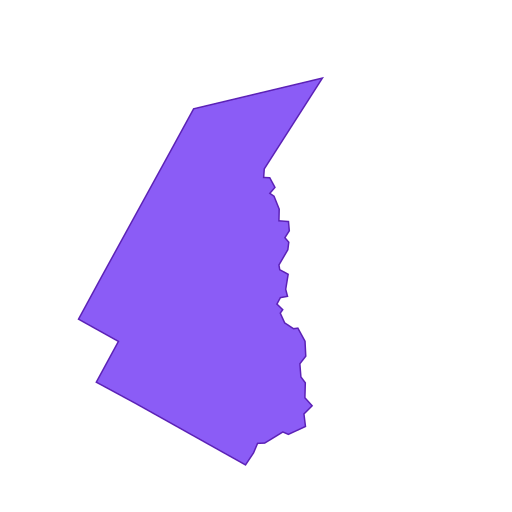 Okeechobee, Florida, United States of America, rotated 209°
{"feature_id": "52423323B15399017802977", "entity_name": "Okeechobee", "entity_type": "district", "adm_level": 2, "iso_a3": "USA", "parent_name": "United States of America", "parent_adm1": "Florida", "projection": "robinson", "projection_center": [-80.998, 27.301], "detail": "fine", "context": "isolated", "style": "filled", "palette": "violet", "viewbox_px": 512, "rotation_deg": 209, "n_neighbors": 0, "source": "geoboundaries", "source_scale": "gbopen_adm2", "svg_char_len": 753}
<svg xmlns="http://www.w3.org/2000/svg" viewBox="0 0 512 512"><g transform="rotate(209 256 256)"><path d="M380.6,114.7L334.9,114.6L334.5,68.2L290.0,68.7L163.9,68.2L162.7,82.6L163.8,92.9L157.7,96.6L147.2,115.1L141.2,115.7L130.1,130.9L137.5,141.1L134.3,152.2L144.5,155.7L151.4,169.0L158.1,172.0L165.4,183.0L163.9,192.5L171.8,205.2L184.4,213.2L188.0,210.6L198.5,211.4L207.1,217.8L206.6,222.0L214.4,224.1L214.5,231.4L208.9,236.0L213.9,241.3L219.0,255.6L228.6,255.5L231.6,259.3L231.2,276.9L234.0,283.9L239.6,286.0L239.1,294.2L244.3,301.9L253.0,297.9L258.4,308.2L269.2,317.0L274.3,317.5L272.7,325.2L281.9,331.1L287.4,328.4L291.0,336.2L284.2,443.8L381.9,354.5L381.6,308.2L381.0,162.3L380.6,114.7Z" fill="#8b5cf6" stroke="#5b21b6" stroke-width="1.5"/></g></svg>